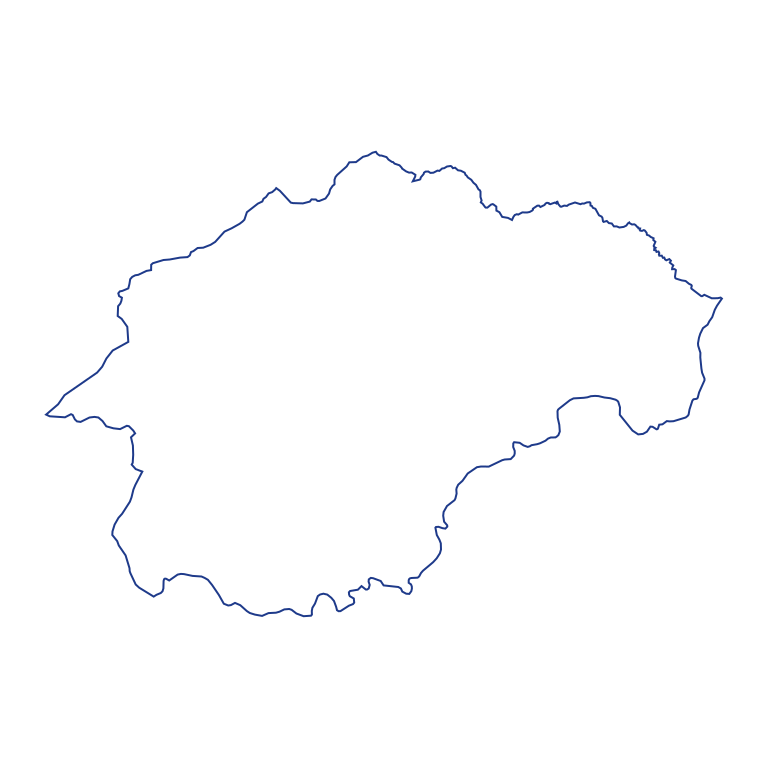 Tarqui, Huila, Colombia (Albers equal-area conic projection)
{"feature_id": "7082276B81769369413646", "entity_name": "Tarqui", "entity_type": "district", "adm_level": 2, "iso_a3": "COL", "parent_name": "Colombia", "parent_adm1": "Huila", "projection": "albers", "projection_center": [-75.833, 2.127], "detail": "fine", "context": "isolated", "style": "outline", "palette": "blue", "viewbox_px": 768, "rotation_deg": 0, "n_neighbors": 0, "source": "geoboundaries", "source_scale": "gbopen_adm2", "svg_char_len": 6113}
<svg xmlns="http://www.w3.org/2000/svg" viewBox="0 0 768 768"><path d="M721.9,298.6L720.6,297.6L717.6,298.2L711.8,298.3L704.3,294.8L702.3,296.1L701.2,296.1L691.6,288.8L691.2,288.0L691.8,285.9L691.3,284.9L689.0,283.8L685.6,281.0L681.8,280.4L676.0,278.6L675.3,278.0L675.0,276.6L675.9,270.1L674.6,269.1L672.1,269.2L672.2,267.8L673.3,265.4L669.8,262.6L670.9,260.7L669.3,259.1L666.3,260.3L665.0,259.4L664.3,257.6L662.9,257.8L661.8,255.7L659.3,255.7L658.9,254.4L659.3,253.1L658.5,251.5L656.5,251.9L655.9,250.3L654.2,250.1L654.2,248.9L655.6,247.8L653.9,246.7L653.7,245.8L655.4,241.8L653.3,240.0L653.6,238.3L650.6,236.9L649.2,235.6L646.9,234.8L646.6,232.8L644.9,230.6L643.8,230.1L642.0,230.9L640.2,230.6L639.7,229.8L640.1,228.5L638.4,228.3L638.2,227.4L637.4,227.1L635.4,224.9L634.2,224.3L632.0,224.5L629.4,223.0L629.2,222.5L628.0,223.3L626.3,225.6L623.7,226.9L619.4,227.5L616.7,226.4L613.9,226.4L611.8,223.5L608.9,223.1L606.8,221.0L603.6,221.9L603.0,221.3L602.4,217.8L601.6,216.6L599.0,215.3L595.4,208.8L592.9,207.8L591.9,206.0L590.5,205.5L590.4,203.0L589.7,202.2L586.9,202.4L584.0,203.6L582.2,203.5L580.5,204.2L575.0,202.5L568.8,204.6L567.0,205.9L564.2,205.6L561.4,206.7L560.4,206.6L558.3,204.1L557.4,201.7L556.7,201.9L556.3,203.4L554.8,202.6L550.2,204.2L549.1,203.8L548.8,203.1L547.0,202.8L545.6,203.5L544.5,205.0L540.4,207.0L539.0,205.6L537.3,205.7L532.9,208.7L533.0,209.7L532.0,210.7L529.6,212.0L527.0,212.5L522.3,212.4L518.2,214.6L516.9,214.2L514.8,215.0L513.5,216.7L512.0,220.0L508.0,217.9L502.2,216.9L499.4,212.2L496.4,210.6L496.3,206.6L493.4,204.4L492.7,204.1L491.0,204.6L487.4,207.6L485.7,207.6L485.2,207.2L482.6,203.7L480.8,202.4L481.6,200.5L480.5,197.0L480.5,191.6L479.8,190.2L478.5,189.4L476.0,184.9L473.4,182.7L471.3,179.8L467.8,177.4L466.6,175.6L465.5,174.8L464.7,172.7L460.8,170.7L458.0,170.3L455.1,167.7L452.9,168.2L451.5,166.4L450.5,166.0L447.0,166.5L444.2,168.2L442.1,168.5L439.4,170.9L437.5,170.6L433.4,172.7L430.4,172.9L428.3,171.5L425.5,171.6L424.0,172.7L423.6,174.1L420.8,177.4L420.4,179.0L419.8,179.6L412.8,181.3L415.2,176.6L415.4,174.8L411.7,172.5L409.0,172.6L406.1,171.4L402.0,168.5L401.8,167.8L399.5,165.3L394.5,163.6L393.1,162.1L391.9,161.9L388.5,159.6L386.5,157.1L381.3,155.5L379.6,155.5L377.3,153.9L375.9,151.8L372.5,152.7L367.9,155.5L363.0,156.8L356.0,162.1L349.3,162.3L346.7,166.4L337.2,174.9L335.5,177.0L334.5,179.8L334.5,184.4L332.6,185.9L330.2,189.4L329.0,193.6L325.5,198.5L319.2,201.0L317.4,200.9L315.9,199.5L311.5,199.4L309.8,201.6L302.9,203.4L293.0,203.1L290.8,202.6L279.9,190.8L276.2,188.1L275.3,189.4L272.2,192.1L268.6,193.4L266.1,196.9L263.5,198.8L262.3,201.5L257.9,203.6L246.9,212.2L244.4,219.7L242.6,221.5L239.6,223.8L231.6,228.3L224.5,231.6L215.2,241.9L210.6,244.8L203.2,247.7L197.6,248.0L193.4,251.1L191.0,252.1L189.8,255.4L187.5,257.1L180.1,257.6L169.7,259.5L163.5,260.0L152.9,263.2L151.2,264.7L151.1,270.1L146.5,270.9L138.3,274.8L135.2,275.3L132.2,276.9L130.2,279.2L129.4,284.1L128.3,288.4L122.3,290.9L119.8,291.4L118.3,293.3L119.1,296.1L121.9,297.7L121.4,300.8L120.3,303.6L118.1,306.2L117.7,316.0L121.7,318.9L127.3,326.8L128.3,341.9L112.7,350.5L106.4,358.5L102.2,366.7L97.1,372.6L64.5,395.2L58.1,404.3L46.1,414.6L49.7,416.3L65.0,417.3L71.0,414.2L72.7,415.0L74.9,419.4L77.0,421.4L80.6,421.9L89.5,417.5L94.5,416.9L98.4,417.5L102.5,421.0L106.3,426.3L113.4,428.3L120.1,429.1L126.8,425.8L128.9,426.2L133.3,430.6L135.1,433.4L131.0,437.3L132.9,445.5L133.2,454.8L132.7,462.8L131.7,464.6L135.7,469.1L142.3,471.6L135.4,484.8L133.4,489.6L131.5,497.4L129.9,501.7L122.1,513.8L118.5,517.8L114.6,524.6L112.5,531.4L112.3,535.0L117.2,541.1L118.8,545.5L125.6,555.4L129.5,568.2L129.7,571.2L130.4,573.2L135.7,584.5L139.2,587.7L153.7,596.6L156.5,594.8L160.8,593.0L162.5,591.3L163.4,588.4L163.6,580.9L164.1,579.2L165.0,578.6L166.2,578.8L169.2,580.5L177.6,574.6L180.9,573.9L184.0,574.1L192.5,575.9L201.5,576.5L204.6,577.9L207.9,579.8L212.1,585.0L218.9,595.0L223.8,603.7L228.2,605.5L230.9,605.1L235.0,602.9L240.3,605.2L246.9,611.1L249.8,613.0L254.9,614.6L262.1,615.9L268.5,613.1L276.0,612.7L279.5,611.7L284.3,609.4L289.2,609.0L291.6,609.8L296.4,613.5L303.6,616.2L311.0,615.7L311.9,614.6L311.8,610.9L312.4,607.8L315.0,603.6L317.8,596.1L320.1,594.5L323.4,593.7L327.3,594.6L331.3,597.8L334.0,601.0L336.1,606.7L337.0,610.2L338.6,611.2L340.5,611.1L348.9,605.7L353.0,604.1L354.2,602.6L353.8,598.5L349.8,596.2L349.1,594.6L348.9,592.3L350.1,591.0L357.9,589.7L361.5,586.1L365.8,589.5L367.1,589.5L368.7,588.5L369.7,584.9L368.6,581.7L368.8,579.4L370.8,577.9L373.1,578.2L380.7,581.0L383.6,585.4L398.3,587.0L400.9,588.5L402.3,591.6L406.2,593.7L409.3,593.9L411.3,591.2L411.9,588.6L411.8,586.4L411.0,584.4L408.7,582.8L408.7,580.2L409.2,579.0L409.9,578.4L411.3,578.0L417.4,577.7L418.2,577.3L419.3,576.2L421.0,573.0L423.0,570.7L433.1,562.2L436.7,558.3L439.9,553.3L441.0,549.5L440.8,543.3L439.4,539.7L436.8,535.0L435.4,527.7L436.0,527.0L438.5,526.8L442.6,528.2L445.4,528.6L447.3,526.6L447.2,525.3L444.1,521.7L443.2,515.7L443.6,512.0L447.0,506.0L454.5,500.2L455.4,498.5L456.6,493.6L456.3,489.6L456.7,487.8L458.2,484.7L462.5,480.8L467.7,473.5L476.9,467.2L481.1,466.5L488.8,466.6L502.2,460.2L504.7,459.5L510.7,459.1L514.1,455.6L514.7,453.6L514.7,450.9L513.2,447.0L513.3,443.4L514.1,442.2L519.7,442.8L523.5,445.4L527.7,446.9L529.8,446.3L531.5,445.2L537.1,444.2L540.0,443.3L545.5,440.7L548.0,438.6L550.7,437.5L555.5,437.4L556.6,436.7L558.4,435.1L559.8,431.5L559.3,424.9L557.7,417.7L557.5,411.1L558.1,409.6L559.2,408.6L569.9,400.2L573.5,398.4L583.8,397.8L587.4,397.3L590.9,396.2L595.0,395.9L598.5,396.1L604.4,397.5L610.2,398.2L615.6,399.7L617.4,400.8L618.3,401.9L620.0,407.4L619.8,414.8L632.5,430.6L638.2,434.4L643.0,433.9L646.9,431.7L650.4,426.6L652.6,426.8L656.5,429.3L657.2,429.2L657.9,428.7L659.2,424.7L662.5,424.3L666.8,421.1L669.8,421.4L673.5,421.2L685.7,417.5L687.7,415.9L688.6,414.6L689.5,409.5L692.4,400.6L693.5,399.3L696.7,398.8L697.7,397.8L699.1,392.4L704.5,380.3L704.5,378.6L702.1,372.7L701.4,368.5L700.3,357.5L700.4,352.8L698.2,345.8L698.0,343.3L699.0,337.7L700.3,333.6L703.0,328.1L707.6,324.7L709.3,321.3L712.2,317.2L714.8,309.8L717.0,305.7L721.9,298.6Z" fill="none" stroke="#1e3a8a" stroke-width="2"/></svg>